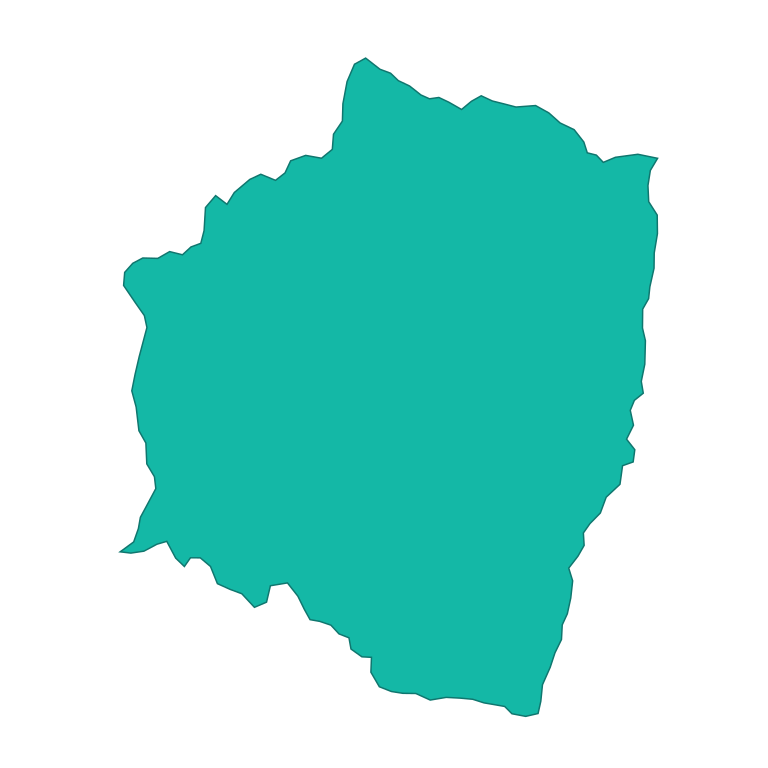 the district of Oscar Bressane, São Paulo, Brazil, rotated 183°
{"feature_id": "56859067B66213381636200", "entity_name": "Oscar Bressane", "entity_type": "district", "adm_level": 2, "iso_a3": "BRA", "parent_name": "Brazil", "parent_adm1": "São Paulo", "projection": "robinson", "projection_center": [-50.254, -22.295], "detail": "fine", "context": "isolated", "style": "filled", "palette": "teal", "viewbox_px": 768, "rotation_deg": 183, "n_neighbors": 0, "source": "geoboundaries", "source_scale": "gbopen_adm2", "svg_char_len": 1966}
<svg xmlns="http://www.w3.org/2000/svg" viewBox="0 0 768 768"><g transform="rotate(183 384 384)"><path d="M638.7,202.6L627.9,201.9L615.0,204.5L602.4,212.1L592.7,215.5L582.9,199.2L573.8,191.3L568.2,200.3L558.4,200.8L547.7,192.7L539.9,175.9L526.8,170.8L515.0,167.1L501.7,154.2L489.9,160.0L486.9,176.6L470.0,180.3L458.9,167.6L451.7,154.7L445.5,144.8L435.8,143.6L424.4,140.4L415.9,132.1L405.7,128.7L403.1,117.6L391.8,110.4L382.2,110.4L382.0,95.5L372.8,81.4L360.5,77.3L349.0,76.1L336.0,76.6L321.3,70.8L305.5,74.3L291.6,74.3L278.9,73.8L267.5,70.8L258.0,69.7L246.6,68.3L239.0,61.4L225.1,59.5L212.9,63.0L210.8,75.4L210.0,92.0L203.2,109.8L199.2,124.5L193.4,138.1L193.4,152.8L188.9,164.1L186.3,180.0L185.3,197.3L189.9,209.8L181.3,222.2L175.7,233.3L177.1,245.7L171.0,255.4L161.2,266.5L156.2,282.6L143.1,296.2L141.5,314.9L131.1,319.2L130.1,331.5L138.9,341.6L132.7,355.9L136.7,370.6L133.1,380.8L124.6,388.4L127.2,400.1L124.6,417.4L125.2,440.9L128.8,453.4L129.6,472.3L124.2,483.1L123.6,494.9L120.4,513.7L121.0,529.0L118.8,548.5L120.0,567.0L129.2,579.9L130.8,596.0L129.2,611.2L122.6,623.7L142.5,626.7L164.8,622.5L176.6,616.8L183.9,623.7L193.1,625.5L197.1,636.1L207.4,647.9L221.8,653.9L233.5,663.3L247.2,670.0L266.7,667.5L278.9,670.0L290.6,672.3L302.0,676.9L311.5,670.9L320.9,662.2L334.0,668.8L344.2,673.0L353.5,671.2L362.3,674.6L374.0,682.9L385.6,687.7L393.7,694.7L404.5,698.1L419.4,708.5L430.2,701.8L436.7,684.1L439.7,661.7L439.3,644.4L447.5,630.8L447.9,615.6L458.2,606.2L474.2,608.2L488.9,602.0L493.9,589.6L503.0,581.7L518.0,587.0L528.7,581.3L543.5,567.4L550.2,555.2L562.0,563.3L571.5,550.9L571.7,527.8L574.3,514.9L583.9,510.8L592.0,502.5L605.0,505.0L616.5,497.6L631.5,497.2L641.2,491.4L648.8,481.9L649.2,468.8L636.6,452.2L626.9,439.8L623.7,428.0L629.9,398.5L633.1,380.5L635.5,364.0L630.3,348.0L626.3,324.5L618.7,312.6L616.7,291.8L608.4,279.4L606.4,267.6L614.6,250.1L620.3,238.1L621.7,226.8L625.7,213.2L638.7,202.6Z" fill="#14b8a6" stroke="#0f766e" stroke-width="1.5"/></g></svg>